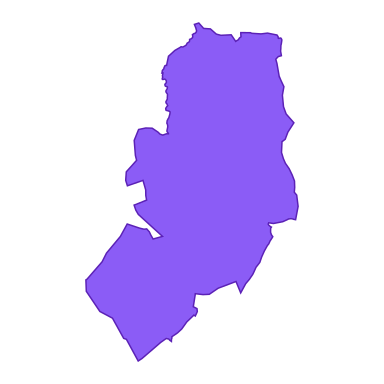 outline of Kibiya, Kano, Nigeria
{"feature_id": "59680162B54095353953704", "entity_name": "Kibiya", "entity_type": "district", "adm_level": 2, "iso_a3": "NGA", "parent_name": "Nigeria", "parent_adm1": "Kano", "projection": "natural_earth1", "projection_center": [8.677, 11.494], "detail": "fine", "context": "isolated", "style": "filled", "palette": "violet", "viewbox_px": 384, "rotation_deg": 0, "n_neighbors": 0, "source": "geoboundaries", "source_scale": "gbopen_adm2", "svg_char_len": 3670}
<svg xmlns="http://www.w3.org/2000/svg" viewBox="0 0 384 384"><path d="M295.6,219.7L298.1,206.4L296.7,195.1L294.3,192.2L294.7,187.5L294.5,181.0L292.2,175.0L289.1,168.6L285.4,163.3L283.4,158.7L281.5,152.5L282.0,141.7L285.2,139.3L287.9,132.1L293.9,122.8L286.1,113.9L283.5,106.7L282.4,95.2L283.9,86.7L280.9,80.3L279.7,77.4L279.6,77.5L279.3,77.0L277.3,65.5L277.0,63.8L277.0,63.6L275.8,59.3L276.6,58.3L278.4,56.5L281.2,55.8L281.4,55.7L280.6,51.1L280.8,48.7L280.9,45.5L281.3,43.9L281.8,40.6L281.8,39.7L281.5,39.0L281.0,38.2L280.3,38.0L278.6,38.4L278.2,38.1L278.2,37.5L278.1,36.7L277.0,35.0L267.5,33.1L261.0,33.9L251.7,33.3L250.5,32.7L240.8,32.6L240.8,34.3L241.0,36.8L239.7,37.8L239.2,38.3L238.9,38.9L238.4,39.6L237.8,40.1L236.7,40.7L235.7,41.4L231.2,34.8L220.9,35.3L216.3,34.1L210.4,28.9L203.6,28.4L198.8,23.0L194.4,24.4L195.8,27.9L196.6,30.9L196.0,32.5L195.0,33.3L193.9,33.6L192.4,34.7L192.7,35.8L192.7,37.0L192.5,37.6L192.0,38.1L191.0,38.9L190.3,39.1L189.6,39.4L189.6,40.9L189.3,41.7L187.9,42.7L187.2,43.1L186.3,44.9L185.9,45.3L185.1,45.8L184.4,46.2L183.1,46.9L182.3,47.0L181.1,46.7L180.3,47.3L174.9,50.4L168.5,56.2L167.0,63.3L166.6,65.4L166.1,65.3L165.4,65.5L164.7,66.0L164.5,66.8L164.1,67.4L164.0,67.9L163.8,68.8L163.5,69.2L163.0,69.6L162.6,70.2L162.2,70.9L162.2,71.8L162.1,72.4L161.9,73.0L162.9,72.9L162.8,73.9L162.7,74.5L162.4,75.6L162.5,76.3L162.7,77.3L162.5,77.7L162.3,78.3L162.2,78.9L162.4,79.4L163.1,79.5L164.4,79.1L165.2,79.3L166.2,80.5L166.4,82.2L166.1,82.8L165.8,83.3L165.3,83.8L164.9,84.3L165.0,85.3L165.2,85.9L165.5,86.2L166.6,86.6L167.1,86.7L167.4,87.0L167.4,87.5L167.2,88.7L166.6,89.7L166.2,90.3L165.9,91.1L166.0,92.0L166.6,93.0L167.2,93.6L167.5,94.6L167.4,96.0L167.3,97.7L167.3,99.2L166.9,99.8L166.6,100.5L166.2,101.1L166.0,101.5L165.9,102.0L166.0,102.6L166.2,103.2L166.6,103.5L167.0,104.0L167.2,104.6L167.7,105.7L166.7,106.8L166.4,107.3L165.9,108.0L165.7,108.7L165.8,109.3L165.9,110.0L166.2,110.4L167.5,110.7L168.9,111.1L169.9,111.7L170.1,112.1L169.9,113.9L169.4,115.7L169.2,116.4L168.9,117.5L168.6,118.1L167.9,119.1L167.7,119.8L167.3,120.3L167.1,121.0L167.0,122.0L166.9,122.9L166.9,123.4L167.2,123.7L167.4,124.5L167.7,125.6L167.7,127.1L167.3,129.0L167.1,129.8L167.0,130.5L166.9,131.1L167.3,132.0L168.4,133.4L168.4,133.8L166.4,133.8L162.8,135.1L160.0,134.1L158.1,132.2L152.2,128.2L145.7,128.0L138.6,129.5L134.2,140.4L135.4,155.5L136.6,160.3L131.1,166.5L130.0,167.7L126.4,171.7L126.3,171.9L125.7,180.4L127.4,185.8L143.0,180.4L145.7,189.9L145.8,195.6L146.6,200.1L134.1,205.1L135.8,210.1L138.3,214.4L162.5,236.4L153.1,239.0L150.8,235.0L149.3,231.8L146.7,228.9L144.0,229.2L139.8,228.2L127.2,224.0L120.4,236.4L106.5,253.1L102.1,261.8L87.0,279.2L85.9,279.9L86.3,291.3L99.9,311.5L107.3,315.4L112.5,318.2L123.7,338.4L126.4,339.3L138.2,361.0L142.0,358.5L160.7,342.4L166.2,338.5L167.0,338.7L168.6,339.0L168.8,339.1L169.2,339.5L169.5,340.0L170.2,340.6L170.7,340.9L171.0,341.1L171.4,341.4L171.5,339.1L171.9,338.1L171.9,336.7L177.5,332.9L181.8,328.9L186.8,321.9L193.9,315.1L195.3,316.0L195.5,315.5L196.4,313.7L196.9,312.5L197.3,311.6L197.2,310.4L197.0,308.6L193.3,306.7L195.2,294.7L195.3,293.7L203.0,294.6L209.3,294.3L218.2,288.2L236.0,281.5L240.7,292.9L245.7,283.7L249.4,279.3L252.8,274.3L254.0,271.8L256.0,267.3L259.8,262.4L261.7,256.9L264.4,250.9L267.3,245.7L268.8,243.8L270.0,241.1L271.9,238.2L272.8,236.7L271.5,234.9L270.6,232.4L270.6,230.0L270.7,228.1L271.4,227.1L270.2,226.4L268.7,225.1L268.2,224.1L268.7,222.8L273.4,223.5L282.8,221.7L287.2,219.7L287.8,219.4L288.1,219.2L288.4,219.1L288.6,219.0L288.7,218.9L289.0,218.9L289.3,218.9L289.8,218.8L290.6,218.7L291.4,218.7L293.2,219.1L293.6,219.3L295.6,219.7Z" fill="#8b5cf6" stroke="#5b21b6" stroke-width="1.5"/></svg>